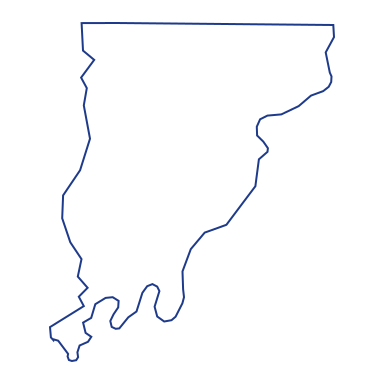 outline of Wabash, Illinois, United States of America
{"feature_id": "52423323B24181813557828", "entity_name": "Wabash", "entity_type": "district", "adm_level": 2, "iso_a3": "USA", "parent_name": "United States of America", "parent_adm1": "Illinois", "projection": "robinson", "projection_center": [-87.865, 38.403], "detail": "fine", "context": "isolated", "style": "outline", "palette": "blue", "viewbox_px": 384, "rotation_deg": 0, "n_neighbors": 0, "source": "geoboundaries", "source_scale": "gbopen_adm2", "svg_char_len": 1132}
<svg xmlns="http://www.w3.org/2000/svg" viewBox="0 0 384 384"><path d="M116.2,23.0L81.6,23.1L83.0,50.6L94.2,59.9L81.1,77.6L86.8,88.1L83.8,105.4L90.0,138.7L80.1,170.2L63.1,195.4L62.2,218.3L70.3,242.3L81.5,259.1L77.8,276.6L87.6,287.8L78.8,296.7L83.8,306.1L50.0,327.1L50.9,337.4L53.5,340.3L53.8,339.4L58.2,340.7L68.1,353.9L67.6,356.5L68.9,360.0L71.9,361.0L76.2,360.2L78.1,357.2L77.4,352.3L79.6,345.5L88.0,341.8L91.3,336.8L85.6,332.9L83.1,322.6L91.2,317.9L95.3,304.2L105.6,297.9L112.7,297.2L118.6,300.9L118.2,307.4L113.5,314.4L110.3,321.0L111.7,326.9L115.7,328.8L119.3,328.4L128.3,317.3L136.5,311.5L139.0,303.6L142.4,292.8L147.2,286.2L152.4,284.1L157.2,286.6L159.4,291.1L154.6,306.7L157.2,316.5L164.2,321.5L171.5,320.2L175.6,316.7L182.4,303.3L184.0,297.2L183.1,289.2L182.5,271.4L190.8,249.1L204.7,232.6L226.4,224.8L243.2,202.4L255.4,186.2L256.1,180.6L258.9,159.3L267.5,151.8L267.9,148.2L263.3,141.6L257.1,135.5L256.8,126.7L260.1,119.3L267.4,115.6L281.3,114.4L298.7,106.1L311.0,95.6L323.2,91.1L328.7,86.8L331.2,82.0L331.5,76.4L329.8,72.6L325.7,52.4L334.0,37.1L333.3,25.0L116.2,23.0Z" fill="none" stroke="#1e3a8a" stroke-width="2"/></svg>